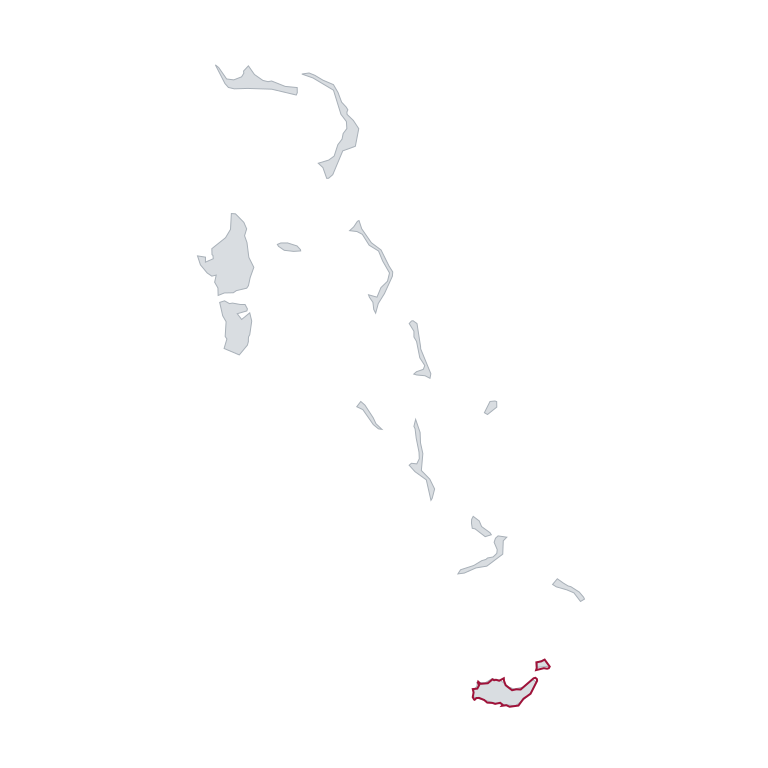 The Bahamas, with Inagua highlighted, rotated 17°
{"feature_id": "BHS-5038", "entity_name": "Inagua", "entity_type": "District", "adm_level": 1, "iso_a3": "BHS", "parent_name": "The Bahamas", "parent_adm1": "", "projection": "albers", "projection_center": [-73.316, 21.237], "detail": "coarse", "context": "in_parent", "style": "outline", "palette": "rose", "viewbox_px": 768, "rotation_deg": 17, "n_neighbors": 0, "source": "natural_earth", "source_scale": "10m", "svg_char_len": 4058}
<svg xmlns="http://www.w3.org/2000/svg" viewBox="0 0 768 768"><g transform="rotate(17 384 384)"><path d="M225.4,310.5L224.9,321.4L225.6,329.6L224.7,332.5L215.6,337.8L213.2,340.8L204.7,343.6L199.5,347.8L197.1,340.7L192.3,336.2L191.7,328.9L187.8,331.2L182.4,329.5L173.6,323.7L168.2,316.0L176.2,314.9L177.6,319.7L184.1,314.1L182.8,311.0L181.7,310.6L179.8,304.9L189.7,290.4L192.0,281.0L188.2,265.6L192.2,264.7L202.7,270.4L207.3,275.8L207.3,283.0L211.6,288.8L217.7,302.4L225.4,310.5ZM231.4,352.1L231.5,354.2L223.1,359.7L229.0,363.9L234.8,355.2L239.1,362.5L241.2,376.1L240.7,378.4L241.1,380.5L241.9,383.1L242.0,386.8L237.1,398.5L220.7,396.8L220.6,386.9L218.2,384.9L214.8,370.6L209.8,365.9L203.0,354.0L207.2,351.1L212.7,352.3L215.5,350.9L223.2,350.0L227.9,348.6L231.4,352.1ZM615.3,634.1L612.6,640.8L603.7,653.5L583.7,656.7L561.6,657.3L559.9,653.8L559.5,650.7L561.1,646.0L561.0,644.1L560.0,642.2L568.1,640.2L573.4,634.3L581.7,633.3L592.1,637.4L597.7,637.6L606.0,633.0L612.6,623.2L616.6,624.4L615.3,634.1ZM270.9,203.4L269.1,204.1L262.3,194.9L256.6,192.1L265.7,186.0L269.7,180.6L269.9,168.6L272.3,162.1L271.7,156.4L273.8,150.6L271.3,144.0L264.0,138.7L249.8,117.8L226.7,112.1L214.8,111.6L221.4,108.5L227.5,109.0L236.8,111.3L248.1,112.5L254.8,118.7L261.1,126.9L267.0,130.3L269.3,132.4L269.0,134.8L269.9,137.0L277.6,140.9L285.2,147.2L287.1,165.0L276.4,173.1L273.8,198.8L270.9,203.4ZM169.6,125.9L179.4,129.1L184.7,128.8L187.9,127.1L202.5,128.3L214.3,125.9L215.9,130.8L215.6,133.3L190.4,134.9L167.2,141.2L154.5,145.5L148.5,145.9L144.1,143.2L129.4,128.1L133.4,129.7L144.3,138.3L151.4,137.1L158.0,131.9L159.1,127.8L158.2,125.8L161.3,119.4L169.6,125.9ZM317.3,242.1L330.6,252.6L342.0,256.7L354.3,269.7L359.6,274.3L360.5,278.5L358.0,297.4L355.0,308.7L355.3,318.7L352.4,315.7L349.5,309.1L344.7,305.3L343.1,303.2L351.9,303.0L352.9,292.7L357.3,284.7L356.8,276.2L346.7,266.7L339.9,258.4L329.2,255.6L319.5,247.2L313.6,246.1L306.3,247.4L309.1,242.6L311.0,236.2L312.3,235.0L317.3,242.1ZM463.5,479.2L462.9,481.5L452.5,463.3L439.3,458.8L431.8,454.3L433.4,451.8L438.7,450.8L439.6,445.1L437.4,438.9L430.6,426.3L426.8,417.7L425.0,415.8L424.6,408.6L432.7,419.8L436.1,429.6L441.5,439.2L445.0,455.8L455.6,461.6L463.1,469.6L463.5,479.2ZM516.1,541.3L510.2,544.0L511.5,539.3L522.8,531.4L529.1,524.4L532.7,522.0L533.9,520.1L538.9,517.5L541.4,513.0L540.7,509.3L535.6,503.2L535.7,498.9L537.5,495.9L546.2,494.6L543.9,499.1L547.3,512.0L535.6,528.1L525.7,533.0L516.1,541.3ZM425.8,360.5L426.3,365.1L420.8,364.1L412.6,365.8L409.6,365.8L411.5,362.7L417.3,358.5L417.6,354.4L410.6,348.5L402.7,333.8L398.9,330.3L397.2,324.8L390.4,318.8L391.9,315.7L393.3,315.0L397.9,316.6L408.1,337.7L408.8,339.7L425.8,360.5ZM613.9,522.0L619.1,523.3L622.0,523.2L631.6,525.9L637.3,529.6L638.6,531.1L635.5,534.5L626.7,528.2L619.0,527.4L608.1,527.6L603.8,526.4L606.7,519.6L613.9,522.0ZM528.8,495.2L530.7,496.8L525.4,500.4L513.4,495.9L510.6,496.2L508.3,491.4L507.4,487.8L508.0,484.5L515.1,487.1L519.0,491.8L528.8,495.2ZM258.8,283.6L249.5,285.3L242.9,283.2L241.2,281.7L244.1,279.3L250.5,277.3L260.5,277.4L264.9,280.0L265.4,281.1L258.8,283.6ZM395.3,428.0L391.8,428.5L385.7,426.0L371.3,414.7L364.6,413.7L366.9,407.5L372.0,409.8L383.6,419.5L387.9,424.3L395.3,428.0ZM498.6,373.1L491.9,382.9L488.4,382.1L490.5,369.7L495.1,367.8L496.9,367.9L498.6,373.1ZM624.6,605.6L613.4,610.1L612.2,604.9L618.0,600.6L624.6,605.6Z" fill="#d9dde1" stroke="#a8b0b8" stroke-width="1"/><path d="M562.3,648.0L563.0,644.3L561.1,642.1L561.1,641.1L564.0,642.5L570.8,639.8L574.1,634.7L575.9,635.1L577.6,634.1L580.9,634.1L584.6,630.4L585.5,632.7L588.5,636.6L596.0,639.4L599.7,637.3L604.0,636.2L613.1,621.7L614.7,620.7L616.5,621.5L617.2,623.1L614.7,637.4L609.4,644.2L606.6,652.2L598.5,655.9L594.9,655.4L590.8,657.3L591.3,656.1L588.3,654.9L583.8,657.4L580.9,657.3L575.9,658.5L572.2,656.9L566.7,656.4L564.2,657.3L563.0,659.5L562.4,659.4L560.4,657.5L559.9,652.9L558.1,649.8L562.3,648.0ZM620.0,609.0L613.1,613.1L613.1,611.0L611.1,605.6L615.5,603.3L618.2,600.6L625.1,605.8L624.7,607.6L623.2,608.6L620.0,609.0Z" fill="none" stroke="#9f1239" stroke-width="2"/></g></svg>